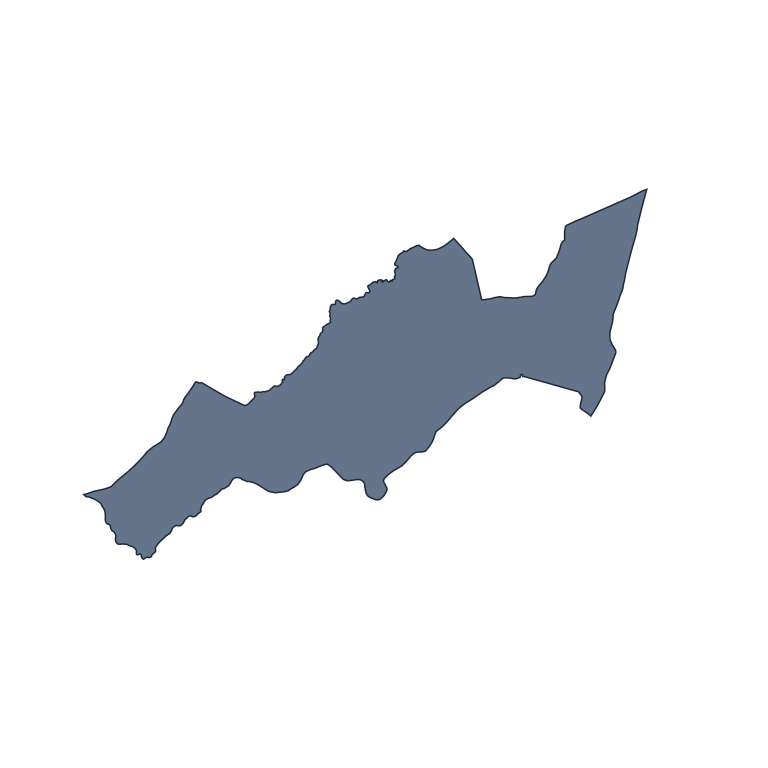 the district of Inharrime, Inhambane, Mozambique, rotated 336°
{"feature_id": "85939544B69817996790019", "entity_name": "Inharrime", "entity_type": "district", "adm_level": 2, "iso_a3": "MOZ", "parent_name": "Mozambique", "parent_adm1": "Inhambane", "projection": "albers", "projection_center": [34.702, -24.408], "detail": "fine", "context": "isolated", "style": "filled", "palette": "slate", "viewbox_px": 768, "rotation_deg": 336, "n_neighbors": 0, "source": "geoboundaries", "source_scale": "gbopen_adm2", "svg_char_len": 6117}
<svg xmlns="http://www.w3.org/2000/svg" viewBox="0 0 768 768"><g transform="rotate(336 384 384)"><path d="M472.4,271.3L471.2,271.4L469.8,270.8L468.0,271.1L462.9,271.1L458.6,272.0L457.3,271.8L456.6,270.7L455.6,270.5L454.7,271.5L451.8,271.6L449.1,272.6L446.3,275.6L443.1,278.0L442.5,279.1L442.6,280.4L444.2,281.5L444.4,282.5L444.2,283.2L443.3,283.4L442.2,283.1L441.3,283.5L439.4,285.5L439.0,288.5L438.7,289.1L437.3,290.1L436.9,290.9L437.2,291.4L437.1,292.0L436.2,292.3L434.5,292.1L433.8,292.3L433.3,293.3L432.9,293.1L432.9,292.5L432.2,292.1L431.4,292.3L430.7,293.1L430.0,292.8L429.0,291.7L428.9,290.5L428.6,289.7L428.0,289.5L427.1,289.8L425.5,289.7L425.0,290.2L424.3,290.3L423.9,289.9L424.0,289.4L424.6,288.7L424.4,288.1L423.2,287.7L422.7,287.1L420.4,287.0L419.7,287.6L419.5,288.4L418.8,288.6L418.0,287.1L417.0,287.1L415.5,286.5L414.4,286.7L411.6,287.8L410.0,287.7L409.1,287.9L408.7,289.0L408.9,292.7L408.5,293.9L407.4,294.5L405.0,293.2L404.2,293.5L401.6,295.7L400.2,296.0L397.0,294.9L394.7,295.2L393.2,294.8L391.2,293.1L389.8,293.2L386.9,294.9L382.2,295.1L380.6,294.7L379.6,294.3L378.4,293.3L377.7,292.4L377.1,290.5L376.3,289.2L375.3,288.3L374.1,288.3L373.3,289.1L371.9,291.2L371.0,291.3L369.5,290.4L368.7,290.2L368.0,290.4L366.4,291.6L365.0,294.3L363.5,295.5L363.6,297.3L363.3,298.2L362.9,299.0L362.0,299.9L361.9,302.4L360.7,304.1L360.1,305.9L359.5,306.3L356.4,306.3L352.2,307.1L350.7,307.7L349.8,310.4L348.6,311.5L346.5,312.0L344.8,313.9L343.6,314.4L342.5,315.4L341.8,316.6L341.1,319.3L340.1,320.8L338.1,322.6L337.5,323.5L336.5,324.1L334.2,324.4L331.7,325.7L329.8,325.8L328.9,326.2L327.8,327.3L326.8,328.0L324.7,327.7L323.5,327.9L321.1,329.5L319.5,330.1L318.0,331.3L315.0,332.7L313.3,332.9L312.1,333.4L310.1,334.8L308.3,335.1L305.2,336.6L302.0,337.2L299.0,336.1L298.2,336.1L296.2,337.1L295.6,337.6L294.9,339.4L294.1,339.5L293.2,338.5L292.7,338.9L292.4,339.6L292.2,341.0L289.1,342.6L286.4,342.9L285.1,342.5L283.1,341.2L282.2,341.2L280.3,342.1L278.5,342.4L277.6,343.0L276.3,343.3L273.9,342.8L272.7,342.9L270.5,341.8L267.8,341.4L265.4,339.9L264.4,339.8L263.0,339.2L262.3,339.2L261.6,340.1L260.9,342.9L259.4,344.1L251.7,347.1L249.9,347.3L248.0,347.1L233.5,330.3L218.2,308.9L215.3,307.7L214.9,307.0L213.5,305.7L212.8,305.7L211.3,306.3L208.7,308.2L200.2,313.5L196.9,315.1L196.8,315.4L194.8,316.6L193.1,318.7L191.2,320.1L186.0,322.6L179.2,326.5L176.3,329.3L172.3,333.7L168.4,336.8L166.2,339.5L162.5,342.9L160.4,344.4L156.3,346.3L147.6,347.5L139.5,349.7L135.5,351.9L129.1,354.7L121.3,357.7L115.1,359.8L101.3,363.6L93.1,366.7L89.6,366.6L85.6,366.2L75.6,364.1L67.3,363.4L64.7,362.8L65.8,365.3L66.3,366.0L68.4,367.1L72.9,371.7L76.6,377.5L76.8,378.6L76.7,381.0L77.3,383.8L77.3,386.7L76.1,390.5L74.0,395.0L73.7,396.9L74.1,398.9L74.6,399.6L75.9,400.5L76.3,401.8L75.7,404.4L75.6,405.9L75.9,407.2L77.3,409.9L77.6,411.8L77.5,413.1L75.2,417.2L74.9,419.3L75.1,420.4L75.6,421.8L77.0,422.8L79.8,423.7L84.0,426.0L86.2,428.7L88.3,430.4L89.3,432.2L90.1,434.5L90.1,435.4L88.7,438.3L88.8,439.2L89.4,439.9L92.0,440.1L92.6,440.8L92.8,441.5L92.1,442.9L92.1,444.0L92.7,446.0L93.9,446.2L96.5,445.6L97.6,446.1L98.1,446.7L99.1,447.1L100.5,447.3L101.4,447.0L102.5,445.7L106.4,444.5L107.2,444.0L107.8,443.1L108.3,440.8L110.1,439.4L114.3,437.3L122.9,434.2L127.7,433.4L128.7,432.3L129.6,432.1L131.7,430.0L133.8,428.8L136.4,428.6L138.8,430.1L140.0,430.5L141.7,430.4L143.8,429.6L147.2,426.9L149.4,426.4L151.0,425.6L152.5,425.4L153.5,425.7L155.1,427.3L156.2,428.0L158.9,428.0L161.3,426.8L164.7,426.2L165.3,425.1L165.3,424.0L166.5,422.9L167.3,421.7L168.2,420.8L170.0,420.0L171.1,419.0L174.1,417.3L177.5,417.0L178.8,417.4L181.9,417.2L183.5,416.6L186.6,416.5L191.6,414.8L192.5,414.1L193.9,414.0L194.9,414.5L196.2,414.5L197.6,414.1L199.7,414.0L200.8,413.7L203.7,412.0L205.4,410.5L207.4,409.4L208.8,409.0L210.9,409.3L213.3,410.6L215.1,412.2L215.3,413.4L216.8,414.6L218.9,417.1L221.9,418.7L225.5,421.8L228.8,426.0L234.2,434.2L235.7,435.8L240.5,439.2L250.7,442.3L253.2,442.6L255.6,442.0L260.2,441.6L264.1,440.8L266.4,439.7L269.6,437.5L273.2,434.1L276.7,432.3L282.4,432.3L286.1,432.9L294.7,433.2L298.2,433.7L299.5,434.2L300.1,434.8L302.4,438.8L307.4,453.0L307.8,454.1L308.6,455.2L310.8,457.2L313.0,458.2L321.1,460.5L323.3,461.8L324.3,462.9L325.6,465.6L325.6,467.9L324.8,469.5L323.3,475.8L323.3,477.6L323.8,480.1L325.0,481.9L328.1,485.2L330.1,486.8L331.7,487.5L334.0,487.6L338.3,486.1L339.9,485.2L343.5,482.2L344.0,481.5L344.3,479.8L343.9,473.1L344.3,472.0L345.6,470.7L349.9,468.8L356.7,467.2L367.1,466.0L372.7,463.9L379.4,460.7L383.0,459.6L385.0,459.5L386.9,459.8L390.7,461.4L394.6,462.2L400.2,459.4L404.1,456.8L406.3,454.9L410.6,450.1L412.2,448.7L414.7,447.9L418.2,447.2L423.5,445.4L440.6,437.4L445.3,435.9L451.0,434.6L458.5,433.6L470.7,431.3L481.7,430.1L483.0,430.3L488.8,428.9L494.9,427.1L496.1,427.2L501.8,429.9L505.0,432.3L507.0,433.0L510.9,433.3L511.6,432.7L511.9,431.9L512.5,431.3L513.9,431.1L514.1,431.6L513.7,433.1L513.9,433.8L514.5,433.7L558.4,470.1L559.5,474.1L559.6,476.4L557.6,479.6L557.1,479.9L554.7,483.3L553.7,485.2L553.6,486.0L555.2,489.1L558.3,493.9L559.9,497.5L570.0,490.7L582.2,481.0L583.1,479.7L585.8,473.2L588.0,469.9L591.5,465.8L596.6,461.7L608.5,449.8L609.4,447.1L608.5,441.4L608.5,436.0L608.9,434.3L611.0,429.5L612.7,427.0L617.5,420.9L619.9,417.2L621.6,413.7L630.1,405.4L634.0,401.2L634.1,400.8L639.6,395.5L641.4,393.4L643.2,390.4L645.3,387.9L649.8,381.1L662.9,364.5L675.0,350.0L678.6,345.0L680.4,341.8L692.0,326.9L703.3,313.0L698.8,312.7L686.1,313.5L629.0,313.3L627.1,313.1L615.9,313.3L614.9,313.5L613.6,314.2L612.8,315.7L611.2,317.6L607.6,325.8L607.2,326.1L604.9,326.7L602.7,328.2L599.1,332.7L593.5,338.3L592.4,339.2L586.0,341.5L583.4,343.5L579.7,347.9L575.8,351.4L570.0,355.1L565.1,357.4L562.8,358.9L561.6,359.8L560.5,361.2L559.1,363.4L557.5,364.1L555.1,364.2L547.8,361.2L540.7,359.4L537.5,358.2L529.2,354.0L525.5,351.4L521.2,350.3L515.4,349.3L509.3,347.5L507.6,346.6L507.5,345.1L507.9,344.8L515.4,306.1L514.6,302.7L512.8,298.1L511.2,292.4L506.9,279.3L500.8,281.1L495.3,282.3L489.6,282.7L486.8,282.5L483.0,281.5L480.3,280.4L477.5,278.7L474.0,274.4L472.9,272.7L472.4,271.3Z" fill="#64748b" stroke="#1e293b" stroke-width="1.5"/></g></svg>